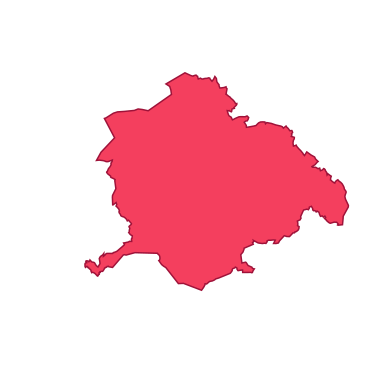 the district of Anaocha, Anambra, Nigeria, rotated 237°
{"feature_id": "59680162B92640548002056", "entity_name": "Anaocha", "entity_type": "district", "adm_level": 2, "iso_a3": "NGA", "parent_name": "Nigeria", "parent_adm1": "Anambra", "projection": "mercator", "projection_center": [7.011, 6.099], "detail": "fine", "context": "isolated", "style": "filled", "palette": "rose", "viewbox_px": 384, "rotation_deg": 237, "n_neighbors": 0, "source": "geoboundaries", "source_scale": "gbopen_adm2", "svg_char_len": 6046}
<svg xmlns="http://www.w3.org/2000/svg" viewBox="0 0 384 384"><g transform="rotate(237 192 192)"><path d="M108.9,321.5L110.9,321.4L111.6,321.4L112.7,321.9L114.1,322.2L116.9,322.4L119.1,322.0L121.1,321.2L122.8,321.0L122.9,319.3L122.2,316.9L121.8,316.6L122.7,316.0L123.7,315.7L124.6,315.3L126.3,315.0L126.7,314.7L128.2,315.9L129.4,317.4L130.4,317.0L130.9,316.7L133.2,315.9L132.7,314.6L133.7,315.0L134.9,315.6L136.8,315.5L138.3,315.8L139.4,315.6L140.0,315.1L139.6,314.1L139.5,313.3L139.9,311.3L142.5,312.1L142.9,310.4L145.4,309.2L147.0,306.7L147.5,306.4L148.0,306.4L147.9,310.1L148.8,313.2L148.9,314.4L152.3,313.6L154.6,313.9L158.2,312.0L163.1,310.1L161.3,306.2L163.4,305.9L163.8,306.1L167.5,305.7L170.2,305.1L173.2,304.7L174.6,304.9L174.8,303.6L175.3,302.1L177.7,303.2L178.6,303.8L180.1,305.2L180.9,306.7L182.1,307.6L183.0,306.9L184.5,305.5L185.2,306.5L185.7,307.0L186.3,307.0L186.7,307.2L187.0,308.7L188.4,309.2L189.2,309.2L190.1,307.4L193.0,307.3L194.7,306.8L196.1,306.8L195.8,303.4L197.5,303.3L198.9,302.4L202.7,298.7L206.3,295.9L209.5,292.5L209.2,290.8L211.0,291.3L212.3,289.5L213.4,287.6L213.7,285.7L213.5,284.3L212.9,281.9L213.7,279.6L215.7,274.8L216.6,272.9L218.4,273.8L222.1,273.8L222.2,274.6L222.2,275.8L221.6,277.1L222.4,278.7L223.6,280.1L225.8,279.6L226.2,277.5L228.7,273.8L229.5,272.3L230.2,268.1L230.3,266.3L230.5,265.2L233.4,265.6L235.6,264.6L236.6,264.6L239.1,265.2L241.1,265.9L240.1,267.0L240.1,267.5L238.9,267.9L237.8,268.7L237.9,269.0L238.7,269.8L239.5,270.4L239.8,270.8L239.1,273.0L239.9,273.0L240.7,276.5L241.0,277.2L241.8,277.8L242.3,276.8L243.4,276.7L244.7,276.8L247.3,276.4L249.0,275.8L251.2,275.5L252.1,275.0L254.5,274.2L255.2,274.2L255.5,273.8L259.5,277.6L261.0,277.4L261.7,277.8L262.2,275.8L263.4,273.2L264.1,272.0L266.5,272.6L267.3,273.1L268.9,272.9L271.0,272.9L274.0,274.3L276.4,274.1L274.8,271.5L274.0,269.1L276.8,268.7L277.9,268.9L278.7,268.1L279.2,266.4L279.9,265.3L280.2,264.5L280.5,264.1L280.6,263.8L280.5,263.5L281.0,262.4L281.7,261.6L282.5,261.3L282.9,261.1L283.4,258.8L283.8,258.9L285.6,259.6L286.1,259.7L286.8,259.2L287.3,259.1L287.8,259.1L288.2,258.2L288.4,257.3L288.7,256.4L288.6,255.9L290.4,254.4L295.8,251.0L296.8,229.0L292.7,230.8L289.0,229.8L285.0,227.9L284.0,199.5L288.3,195.2L291.0,192.0L291.8,188.1L296.4,179.2L299.8,173.1L300.9,169.0L301.0,160.2L301.4,158.6L279.6,156.6L274.9,137.3L270.5,129.1L269.3,131.5L266.7,134.6L265.5,135.7L264.9,136.0L264.2,136.6L263.6,137.4L263.1,138.4L262.2,142.6L261.1,141.6L260.3,139.7L259.4,139.4L258.5,138.3L257.8,136.9L257.1,134.7L255.4,132.2L255.3,131.4L254.9,131.1L253.1,131.2L249.6,132.4L248.8,131.9L248.3,132.0L246.1,133.4L244.3,134.3L243.5,133.4L237.0,130.3L236.7,130.3L236.0,129.6L232.4,123.5L231.0,122.4L225.1,118.9L224.5,118.5L224.2,118.6L224.5,122.6L222.5,122.1L221.5,120.6L220.0,121.0L217.5,121.3L215.6,120.8L215.5,120.3L215.3,120.1L214.5,119.7L214.0,119.6L213.2,119.7L212.0,119.7L210.9,119.4L209.8,119.9L209.2,120.3L208.4,121.1L206.8,121.8L204.8,122.2L203.0,122.0L202.9,123.4L198.5,124.0L198.3,123.9L197.9,123.2L197.5,120.7L197.2,120.2L195.5,120.1L194.0,118.5L193.2,118.0L192.8,117.6L192.4,116.8L192.2,116.9L190.4,117.0L189.3,117.3L187.8,118.1L185.7,116.3L185.7,115.8L185.1,115.3L184.0,114.9L183.4,114.5L184.7,112.7L184.7,111.4L185.7,108.9L185.7,108.4L186.1,107.8L186.5,106.9L184.9,106.8L184.5,106.3L183.2,97.0L183.4,95.1L183.9,93.5L183.7,93.3L184.0,92.1L183.8,91.8L186.8,87.3L187.0,86.6L186.9,85.6L186.5,84.6L186.3,82.7L187.0,83.2L188.1,84.2L188.5,84.5L187.9,82.9L187.8,80.1L187.3,79.0L186.7,78.0L183.5,76.6L182.0,75.8L180.3,72.3L182.4,71.6L185.7,71.7L186.2,71.5L186.7,71.1L187.5,70.2L188.1,69.8L190.5,69.4L189.9,68.7L189.7,67.6L190.3,67.6L190.6,67.4L191.6,66.3L191.9,65.6L191.7,65.2L190.4,65.4L190.0,65.2L190.5,64.2L190.3,63.5L189.8,62.9L189.3,62.7L188.0,61.8L186.8,61.6L186.9,63.4L185.2,63.6L185.1,64.0L183.9,64.0L182.2,64.6L181.2,64.6L180.7,64.2L180.1,64.2L179.0,63.9L178.8,64.8L178.3,65.3L177.3,65.9L176.3,66.3L173.0,66.9L172.9,67.7L173.5,68.2L173.5,69.4L174.8,69.9L174.9,70.4L174.7,70.7L174.5,70.9L174.5,71.1L175.2,71.4L174.8,72.8L174.2,73.7L174.3,74.6L175.3,76.6L175.8,77.2L175.6,77.6L175.9,78.3L175.5,79.1L175.5,79.6L175.8,80.1L175.5,80.7L175.4,81.3L174.6,81.5L172.0,84.3L176.6,100.1L176.2,101.2L175.0,102.4L172.2,111.1L159.4,129.7L158.4,129.6L156.8,130.1L155.7,129.9L153.9,129.1L152.6,127.8L152.6,126.8L147.7,127.0L145.2,127.8L142.9,128.9L122.6,130.7L120.0,135.1L104.4,146.5L105.7,149.8L107.0,152.2L107.9,153.0L106.9,154.2L107.4,157.9L106.3,160.8L106.0,163.1L106.2,164.5L105.3,167.7L103.0,179.8L103.7,182.0L104.3,183.0L105.0,183.4L105.3,183.8L105.5,184.6L105.2,185.7L105.1,186.9L105.4,187.4L104.8,187.8L104.1,188.2L103.8,188.2L103.3,188.1L102.8,187.7L102.1,187.7L101.1,187.7L100.9,187.9L99.9,190.3L99.0,191.9L96.9,190.7L92.5,197.6L91.8,198.1L91.8,198.5L91.6,198.8L92.7,200.3L93.6,202.4L95.0,201.1L96.3,201.3L99.8,199.0L103.2,199.0L103.9,198.8L105.3,195.2L112.9,198.8L113.8,201.9L115.7,204.5L116.5,205.1L114.8,214.9L116.6,215.2L116.6,216.1L116.8,216.2L116.9,217.0L117.9,217.2L113.6,219.5L112.9,220.1L110.5,222.9L109.5,225.0L108.6,226.0L109.1,227.4L109.5,228.0L110.0,228.1L110.0,229.7L108.7,231.7L107.5,234.1L106.3,235.6L104.4,232.4L103.0,234.5L102.2,236.7L103.4,238.9L105.1,245.6L103.0,247.3L101.5,249.5L102.7,254.5L102.0,255.5L102.0,256.0L102.5,256.8L102.1,257.3L102.0,258.4L102.3,260.5L103.1,261.7L104.7,263.0L106.3,262.2L107.3,263.2L108.3,263.8L110.2,264.5L109.8,267.7L110.2,268.1L110.5,269.0L112.3,269.8L116.1,275.7L115.1,278.8L114.5,279.5L113.8,279.9L114.4,281.4L114.8,281.6L115.4,282.2L115.3,282.5L115.0,284.3L112.4,284.2L111.2,283.5L110.1,283.8L110.1,284.2L108.6,285.4L107.8,285.2L107.5,285.6L107.8,286.2L107.8,286.5L106.0,287.4L104.7,287.1L103.9,286.8L101.6,286.5L101.0,288.2L99.4,288.5L99.4,290.3L97.9,290.3L97.6,289.9L97.7,288.8L96.5,289.0L95.7,289.4L95.0,289.2L92.1,290.0L90.9,290.6L90.4,291.1L89.3,294.8L87.8,296.9L85.6,297.2L85.1,296.1L84.6,296.4L82.6,300.4L87.5,304.3L89.3,305.6L94.3,314.9L95.6,315.9L102.3,316.8L104.9,317.7L106.1,318.9L107.7,321.0L108.4,321.4L108.9,321.5Z" fill="#f43f5e" stroke="#9f1239" stroke-width="1.5"/></g></svg>